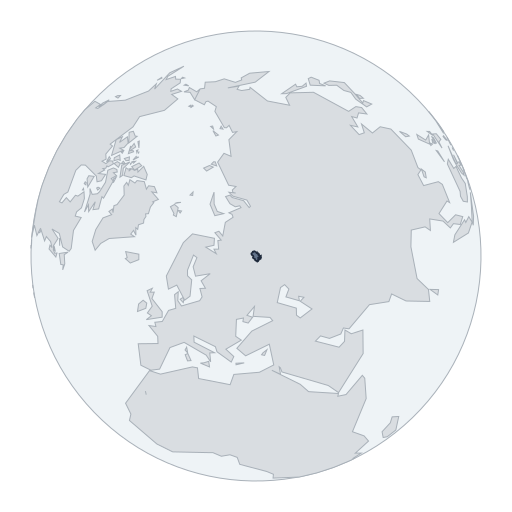 the Earth from above Udmurt, rotated 316°
{"feature_id": "RUS-2387", "entity_name": "Udmurt", "entity_type": "Republic", "adm_level": 1, "iso_a3": "RUS", "parent_name": "Russia", "parent_adm1": "", "projection": "orthographic", "projection_center": [52.789, 57.2], "detail": "fine", "context": "on_globe", "style": "filled", "palette": "slate", "viewbox_px": 512, "rotation_deg": 316, "n_neighbors": 0, "source": "natural_earth", "source_scale": "10m", "svg_char_len": 13535}
<svg xmlns="http://www.w3.org/2000/svg" viewBox="0 0 512 512"><g transform="rotate(316 256 256)"><circle cx="256" cy="256" r="225" fill="#eef3f6" stroke="#a8b0b8"/><path d="M221.6,33.4L223.5,33.1L234.7,31.9L247.6,32.8L249.4,38.9L243.6,38.1L244.7,40.0L252.0,41.3L256.6,41.8L270.2,53.1L293.3,62.7L303.9,62.9L299.0,65.5L321.3,64.3L336.0,69.4L317.3,65.5L313.9,66.7L322.8,70.9L321.1,73.0L324.5,76.5L321.7,78.8L311.1,76.8L309.1,78.4L315.5,81.3L316.8,85.8L307.6,81.2L308.9,88.7L291.3,87.6L269.1,74.9L257.2,77.7L228.8,74.2L229.2,77.2L218.8,78.3L215.4,82.2L211.1,80.8L212.2,85.3L216.8,85.8L218.8,88.1L217.3,90.6L211.5,89.1L211.4,87.6L208.9,88.5L206.6,86.7L206.9,89.0L200.0,87.2L204.5,92.8L197.1,94.5L193.2,92.2L196.7,87.6L196.4,72.1L193.5,69.1L185.9,69.2L165.1,79.3L160.6,78.2L152.3,80.4L153.3,83.0L160.1,82.3L159.9,88.0L168.3,86.9L169.5,89.2L176.9,90.3L172.4,95.5L163.9,100.1L157.6,99.6L153.7,101.7L157.0,106.9L142.5,110.8L128.3,122.2L124.9,122.8L123.2,115.2L130.2,103.1L128.0,94.8L125.9,105.8L117.5,107.9L114.6,110.7L113.1,114.1L114.9,115.6L111.3,117.7L112.0,107.2L115.3,105.1L115.1,108.3L118.3,102.9L118.7,96.4L114.4,98.3L119.6,87.8L116.6,89.1L116.0,87.8L120.5,86.3L112.6,89.1L118.0,79.9L107.3,86.8L121.6,76.1L129.0,70.6L137.1,65.0L135.4,65.9L148.4,58.1L151.9,56.2L168.5,48.4L185.8,41.9L203.5,36.9L221.6,33.4ZM103.0,91.2L106.0,88.4L103.5,90.9L103.0,91.2ZM258.9,41.7L252.3,41.2L246.4,39.4L252.0,39.5L258.9,41.7ZM270.0,46.4L266.4,46.5L265.6,43.8L267.8,44.5L270.0,46.4ZM311.9,62.7L306.9,60.9L312.3,62.0L311.9,62.7ZM325.4,76.5L327.4,76.4L328.3,78.3L325.4,76.5ZM178.9,87.5L177.9,88.9L177.0,87.9L178.9,87.5ZM183.0,86.7L182.7,84.6L184.7,84.0L184.8,85.3L183.0,86.7ZM324.9,83.7L325.8,86.9L323.0,83.2L324.9,83.7ZM182.9,89.5L188.1,83.1L191.5,82.1L194.9,86.3L182.9,89.5ZM325.1,88.5L327.4,96.7L331.9,97.0L320.4,101.0L322.3,92.5L318.2,87.9L322.6,89.7L325.1,88.5ZM218.9,85.0L213.9,84.4L219.5,82.6L218.9,85.0ZM222.0,83.3L236.2,75.2L242.8,77.4L236.7,79.5L246.3,80.9L242.5,85.9L236.4,86.3L232.9,83.8L234.1,87.7L222.0,83.3ZM313.7,102.1L312.7,103.9L311.7,101.6L313.7,102.1ZM220.0,88.8L222.3,86.9L228.2,88.6L224.7,92.9L223.9,90.9L220.0,88.8ZM250.7,78.9L254.4,81.1L252.4,85.8L253.6,87.3L243.0,86.3L250.7,78.9ZM221.8,91.8L222.7,95.1L218.6,96.6L218.2,90.9L221.8,91.8ZM231.2,87.4L233.8,88.4L231.2,89.2L231.2,87.4ZM204.3,104.2L206.9,101.5L210.2,102.2L204.3,104.2ZM223.4,96.2L224.8,95.7L226.4,95.7L226.1,98.1L223.4,96.2ZM242.3,89.7L240.7,91.3L246.5,90.4L245.2,94.0L238.4,92.7L240.8,94.8L240.4,96.0L235.3,93.7L242.3,89.7ZM230.6,100.7L221.5,100.7L216.0,105.3L212.9,104.8L222.4,97.5L230.6,100.7ZM233.8,96.8L231.1,99.1L228.7,97.1L229.0,94.4L233.8,96.8ZM246.8,97.0L250.5,91.7L251.9,92.2L246.8,97.0ZM229.5,102.4L231.7,102.4L229.4,103.0L229.5,102.4ZM242.0,99.0L243.2,97.1L244.7,97.7L242.0,99.0ZM235.2,104.2L232.3,104.1L232.4,102.1L235.2,104.2ZM238.7,102.1L240.5,103.4L234.2,101.5L239.0,101.1L238.7,102.1ZM243.3,99.9L244.5,99.6L242.6,100.7L243.3,99.9ZM236.5,111.7L228.4,109.8L228.7,105.4L236.5,107.9L236.5,111.7ZM133.6,445.1L114.0,427.6L116.9,425.1L114.1,418.6L99.6,394.6L102.6,387.8L99.2,380.9L92.0,376.0L88.4,367.5L84.2,363.4L60.0,339.0L54.1,322.4L50.7,286.4L56.2,282.8L59.9,271.3L99.8,264.5L105.2,274.6L133.2,291.6L136.2,295.8L129.6,304.3L148.0,330.6L157.8,325.8L177.7,342.0L193.1,346.7L204.3,328.7L179.2,320.6L178.1,309.1L200.8,307.1L223.1,314.1L223.4,309.9L212.0,297.4L219.9,291.2L208.3,292.4L211.0,297.7L203.8,298.8L201.0,294.1L203.9,291.9L197.9,288.0L185.6,299.7L187.0,306.3L169.6,302.1L170.2,312.9L164.5,315.1L161.4,297.8L163.8,293.0L155.7,270.4L151.6,275.0L159.0,296.8L155.4,293.6L149.9,300.6L151.3,292.7L144.3,268.2L130.5,262.1L108.1,270.4L101.1,265.2L97.3,254.6L110.3,237.3L124.7,250.9L129.5,245.5L130.7,231.7L135.0,237.2L137.2,233.4L143.1,238.0L155.3,234.4L161.9,237.9L170.6,227.2L175.2,227.7L168.7,233.8L167.7,240.2L184.4,249.0L188.8,248.0L193.1,240.4L197.2,244.1L199.3,235.7L210.8,236.9L198.5,228.5L203.3,220.1L212.4,216.1L211.7,211.9L196.9,218.6L193.0,222.7L193.2,228.5L180.6,239.1L174.0,238.2L178.8,221.9L170.0,219.0L177.6,208.1L213.0,195.9L225.7,196.0L238.4,214.4L233.2,219.1L226.0,214.7L229.0,226.8L230.5,221.9L233.9,225.1L239.3,218.4L242.0,220.4L242.6,210.7L246.5,212.4L246.0,218.5L257.3,210.5L266.4,212.2L267.7,209.4L266.5,206.1L278.8,210.8L279.2,208.6L275.3,206.2L273.6,200.3L275.4,192.1L279.5,194.1L279.5,197.4L285.5,207.6L284.7,216.4L286.6,216.4L288.3,209.4L280.9,196.8L280.8,191.3L285.1,196.6L283.5,194.2L284.8,192.1L289.9,192.1L285.5,186.1L293.6,161.8L304.3,159.9L307.3,167.0L317.3,153.5L328.6,153.2L325.0,150.8L327.4,143.3L323.9,143.3L322.4,141.7L326.9,123.4L331.2,121.0L329.1,111.3L327.2,110.2L323.9,111.3L320.4,101.0L331.9,97.0L335.5,99.6L340.2,95.7L347.8,102.4L356.2,106.5L361.8,116.8L368.0,119.4L369.1,117.6L378.4,120.1L393.5,132.3L376.2,130.4L352.5,115.5L361.8,122.0L358.2,123.0L360.6,127.0L367.2,131.7L368.9,130.6L371.9,152.4L384.9,170.9L387.6,162.6L393.9,162.4L411.1,178.2L423.1,216.3L431.6,217.9L435.1,222.6L434.4,230.9L429.2,224.3L424.5,226.9L421.7,222.1L418.9,233.9L414.7,227.6L414.5,240.3L419.5,242.6L423.6,234.3L425.2,248.4L435.1,249.3L441.2,258.4L441.2,287.7L433.9,304.9L434.5,308.6L429.0,309.9L425.5,321.8L438.8,329.2L439.8,333.9L432.4,352.1L431.6,349.1L417.1,352.6L417.1,365.2L428.2,365.0L432.1,371.3L424.8,375.2L420.5,369.9L415.3,370.8L414.8,360.8L406.7,350.0L399.2,358.8L397.9,352.5L385.7,345.2L373.8,357.0L356.2,384.1L356.8,399.9L349.4,409.4L332.7,392.6L327.2,377.5L319.9,381.1L303.8,369.8L272.3,373.0L268.9,368.5L262.8,371.0L251.6,366.3L246.9,358.3L239.6,358.5L252.4,379.3L260.4,378.9L268.6,371.0L270.5,378.1L281.5,383.5L265.3,400.6L220.5,411.6L218.0,399.3L194.1,357.4L195.9,353.3L195.8,352.8L195.7,351.8L191.5,358.1L188.0,349.2L198.7,379.1L199.6,390.1L219.8,412.2L217.4,413.7L224.5,418.2L249.6,415.7L249.3,419.5L236.2,435.1L203.3,449.4L208.8,460.5L208.4,467.3L190.5,466.8L194.8,470.9L185.9,469.1L187.1,470.2L182.2,468.8L165.4,462.2L149.1,454.3L133.6,445.1ZM82.6,276.4L80.7,279.5L82.6,276.4ZM244.8,331.3L259.5,333.0L256.4,319.3L261.8,319.0L258.7,314.6L256.1,318.3L249.1,306.2L256.7,302.6L256.7,296.5L251.7,295.7L238.9,304.3L248.8,321.5L244.0,326.7L244.8,331.3ZM70.8,127.8L67.7,132.3L70.3,128.4L70.8,127.8ZM75.3,121.5L73.2,124.3L73.6,123.8L75.3,121.5ZM101.8,91.8L99.5,94.0L99.3,94.2L101.8,91.8ZM101.2,93.0L101.9,92.3L103.6,90.8L101.2,93.0ZM117.5,108.5L117.3,109.4L115.1,112.8L114.9,111.3L117.5,108.5ZM113.0,128.8L107.3,131.7L111.2,128.4L109.7,126.5L116.2,117.5L123.5,122.7L119.0,121.8L113.0,128.8ZM126.8,107.3L121.9,112.2L127.0,106.7L126.8,107.3ZM144.1,209.4L144.7,214.0L140.4,217.1L132.2,213.6L138.2,209.0L144.1,209.4ZM146.5,220.0L153.6,205.3L159.0,207.2L154.8,208.6L157.7,211.3L151.6,214.3L149.8,230.9L146.0,234.8L132.9,225.6L139.3,226.3L138.3,221.5L146.5,220.0ZM162.2,167.7L165.3,162.3L173.0,173.3L169.2,177.2L160.7,173.7L160.2,167.1L162.2,167.7ZM187.9,98.6L188.6,96.4L190.2,96.8L190.9,98.8L187.9,98.6ZM205.3,102.9L186.5,108.5L186.4,106.3L175.5,112.8L170.9,109.4L178.1,105.3L166.5,107.8L171.1,102.7L163.2,105.2L179.7,96.2L183.4,92.1L181.0,97.9L185.1,101.0L188.0,101.1L199.0,98.4L209.0,91.4L214.6,93.6L216.0,97.1L214.5,99.2L211.3,97.0L211.5,101.3L205.7,99.7L205.3,102.9ZM228.6,141.7L225.6,137.5L225.1,147.5L219.3,145.3L219.6,146.6L214.1,147.4L208.0,150.8L205.8,149.0L204.3,151.1L200.7,151.9L198.0,154.2L193.1,151.9L189.4,154.7L189.2,152.1L184.1,157.6L185.7,152.5L181.1,153.2L182.0,157.7L162.5,141.4L153.1,139.1L144.3,140.1L148.3,131.7L159.1,125.7L172.4,122.3L180.9,126.0L181.1,121.8L185.3,122.4L183.3,125.5L188.8,121.1L191.7,122.5L203.5,120.6L209.6,113.9L214.1,113.2L213.2,116.5L218.3,113.5L219.6,119.4L222.8,119.1L227.3,124.9L223.6,131.8L227.5,130.9L231.1,135.5L228.6,141.7ZM237.5,113.5L234.4,121.8L229.7,124.8L223.9,113.7L220.8,113.1L216.9,106.4L223.8,102.3L224.2,104.6L226.3,105.8L223.3,106.6L227.3,106.9L228.1,110.1L231.3,111.3L229.4,113.6L237.5,113.5ZM141.6,294.4L144.2,296.6L148.8,298.9L145.5,303.5L141.6,294.4ZM136.5,277.8L139.2,278.8L136.6,286.1L133.9,283.9L136.5,277.8ZM142.8,273.4L139.5,278.3L139.7,274.3L142.8,273.4ZM171.4,234.4L174.6,235.1L174.0,237.1L171.3,239.0L171.4,234.4ZM226.0,172.3L225.0,169.1L226.5,168.4L228.7,161.1L233.2,162.3L233.6,167.2L226.0,172.3ZM198.8,331.0L193.1,333.5L191.4,330.9L193.7,330.5L198.8,331.0ZM167.1,319.2L173.3,324.7L166.1,320.4L167.1,319.2ZM231.3,172.4L231.7,169.2L233.7,171.9L231.3,172.4ZM236.6,162.9L239.3,165.3L234.0,161.7L236.6,162.9ZM247.2,470.6L235.7,478.3L224.9,477.2L221.4,474.9L224.6,470.0L236.7,469.3L242.2,466.3L247.2,470.6ZM459.2,351.7L461.7,347.0L461.4,347.7L459.2,351.7ZM456.8,355.2L460.0,349.6L455.9,357.3L456.8,355.2ZM461.1,347.4L464.3,340.4L465.7,337.0L465.2,338.5L461.1,347.4ZM454.4,359.1L439.9,378.8L433.6,384.8L435.6,381.2L445.8,369.5L454.4,359.1ZM435.0,381.7L424.8,387.0L407.5,383.3L413.8,378.9L431.2,374.8L430.2,377.6L436.4,375.5L435.0,381.7ZM458.0,342.8L456.9,349.2L449.3,360.0L445.6,364.0L443.1,360.6L444.6,355.1L447.7,351.3L457.6,322.7L461.5,320.0L459.1,330.4L462.1,330.5L458.0,342.8ZM358.0,400.9L364.0,407.0L359.7,410.3L358.0,400.9ZM459.7,306.7L457.0,319.2L458.9,305.3L459.7,306.7ZM459.7,295.5L460.8,298.1L458.5,298.0L459.7,295.5ZM436.1,313.2L432.8,318.0L431.9,315.8L435.4,308.4L436.1,313.2ZM445.8,266.0L449.1,273.0L449.6,276.2L446.5,274.2L445.8,266.0ZM270.2,180.9L262.0,189.5L259.1,197.0L262.2,203.1L254.4,198.4L258.9,186.8L270.2,180.9ZM290.3,163.9L287.6,158.9L291.0,158.8L292.1,160.0L290.3,163.9ZM287.0,162.4L279.5,160.6L279.4,156.4L285.4,158.6L287.0,162.4ZM255.2,166.2L252.5,168.5L250.9,166.3L255.2,166.2ZM465.2,339.4L469.3,328.2L470.8,323.7L465.2,339.4ZM478.6,290.4L477.4,296.9L477.0,297.4L478.3,290.6L476.1,298.2L478.6,286.6L479.1,287.3L480.2,277.3L480.7,271.9L478.6,290.4ZM472.5,314.1L472.2,315.9L471.3,317.4L472.5,314.1ZM473.7,309.9L475.9,303.3L473.3,311.8L473.7,309.9ZM464.0,328.3L465.0,329.5L468.4,320.4L465.8,328.7L467.5,329.3L466.5,332.9L464.9,331.9L463.4,339.5L461.8,342.4L461.5,339.0L463.4,329.5L465.0,323.8L470.7,310.1L464.0,328.3ZM473.9,305.9L473.2,304.1L473.6,299.9L474.4,299.7L473.9,305.9ZM470.0,300.5L466.8,301.0L464.8,307.6L467.9,291.0L470.6,293.3L470.0,300.5ZM465.8,294.3L464.1,300.5L465.3,291.8L465.8,294.3ZM463.1,300.0L461.9,297.0L463.8,293.9L463.1,300.0ZM466.9,292.1L465.7,285.3L467.4,287.0L466.9,292.1ZM458.6,290.5L464.3,288.8L458.6,296.1L454.0,284.7L456.1,280.3L458.6,290.5ZM442.8,217.1L439.9,214.5L440.6,209.7L442.4,212.8L442.8,217.1ZM440.0,192.6L439.8,207.6L439.1,220.1L441.3,218.9L444.8,227.1L439.2,225.6L436.7,212.5L437.9,204.2L434.2,198.0L432.7,189.2L426.9,183.9L425.0,178.9L430.6,181.2L440.0,192.6ZM424.3,182.0L413.7,170.8L416.8,164.7L419.9,165.7L423.4,173.4L421.6,176.1L424.3,182.0ZM412.1,166.4L410.2,169.0L390.6,160.3L387.2,157.1L403.8,159.9L402.9,162.6L407.1,166.0L412.1,166.4ZM315.1,104.5L312.9,104.0L314.9,103.1L315.1,104.5ZM320.4,141.8L318.6,139.4L321.1,138.4L320.4,141.8ZM315.1,132.4L313.6,135.2L313.4,131.3L315.1,132.4ZM310.5,141.8L312.1,135.9L313.0,142.9L310.5,141.8Z" fill="#d9dde1" stroke="#a8b0b8" stroke-width="1"/><path d="M259.4,259.3L259.4,259.5L259.5,259.5L259.4,259.6L259.2,259.8L258.9,260.1L258.8,260.5L258.7,260.6L258.4,260.6L258.2,260.7L258.2,260.8L257.9,260.9L257.9,261.0L257.6,261.1L257.2,261.3L256.9,261.0L257.1,261.0L257.2,260.8L257.3,260.8L257.4,260.6L257.5,260.3L257.5,260.2L257.6,259.9L257.6,259.7L257.4,259.6L257.2,259.7L257.0,259.8L257.2,260.1L257.2,260.4L256.8,260.2L256.7,260.1L256.6,259.9L256.5,260.0L256.4,260.0L256.5,259.9L256.4,259.8L256.4,259.7L256.4,259.4L256.3,259.2L256.6,258.9L256.6,258.7L256.3,258.6L256.2,258.7L256.4,258.9L256.3,259.0L256.1,259.2L255.9,259.2L255.8,259.3L255.7,259.5L255.5,259.8L255.8,259.8L256.1,259.9L256.0,260.0L256.1,260.3L255.9,260.2L255.8,260.3L255.9,260.5L255.7,260.6L255.3,260.4L255.3,260.5L255.2,260.6L255.0,260.4L254.8,260.4L254.7,260.4L254.7,260.5L254.8,260.5L254.8,260.4L254.8,260.5L254.7,260.6L254.7,260.8L254.8,260.9L254.7,260.9L254.7,261.0L254.4,261.1L254.4,260.9L254.2,260.9L253.9,261.0L253.7,261.0L253.7,260.9L253.6,261.0L253.5,260.9L253.1,261.0L253.0,260.8L252.9,260.8L252.9,260.7L253.0,260.7L253.1,260.4L253.4,260.3L253.5,260.2L253.4,260.1L253.2,260.1L253.0,259.9L252.9,259.8L252.9,259.7L253.0,259.7L252.9,259.5L252.8,259.4L252.8,259.2L252.7,259.0L252.5,258.8L252.4,258.8L252.4,258.7L252.5,258.6L252.5,258.1L253.0,258.0L253.0,257.8L253.0,257.7L253.3,257.3L253.3,257.2L252.9,257.0L252.9,256.9L252.9,256.7L252.7,256.5L252.6,256.3L252.7,256.2L252.6,255.9L252.5,255.7L252.4,255.5L252.5,255.3L252.6,255.1L252.7,254.9L252.8,255.0L253.0,254.9L253.3,254.9L253.4,255.0L253.5,255.0L253.5,254.8L253.6,254.6L253.8,254.6L254.0,254.4L254.1,254.1L254.1,253.9L254.2,253.7L254.0,253.4L254.0,253.2L254.1,252.9L253.9,252.7L254.0,252.6L253.9,252.3L253.7,252.2L253.8,252.0L253.8,251.8L253.9,251.7L254.0,251.4L254.3,251.0L254.6,251.0L254.7,250.9L254.9,251.0L255.0,251.0L255.3,251.1L256.2,251.2L256.2,250.8L256.3,250.8L256.5,250.8L256.6,250.7L256.7,250.9L256.8,251.0L257.1,251.3L257.3,251.2L257.5,251.1L258.0,251.1L258.1,251.3L258.2,251.5L258.3,251.6L258.2,251.7L258.1,251.9L258.2,252.0L258.3,252.1L258.4,252.3L258.5,252.6L258.7,252.9L258.7,253.1L258.8,253.5L258.8,253.8L258.9,254.0L258.7,254.0L258.8,254.3L258.7,254.4L258.5,254.5L258.8,254.7L259.0,254.6L258.9,254.8L259.0,254.9L259.1,255.0L258.9,255.2L258.9,255.3L258.8,255.5L259.0,255.6L259.3,255.6L259.2,255.8L259.3,255.9L259.3,256.0L259.3,256.3L259.2,256.3L259.3,256.4L259.4,256.5L259.0,256.7L258.9,256.8L258.8,257.0L258.8,257.4L258.8,257.6L258.7,257.7L258.6,257.8L258.4,257.6L258.2,257.6L258.3,257.8L258.3,258.0L258.3,258.3L258.4,258.2L258.5,258.2L258.8,258.1L258.7,258.3L258.8,258.4L258.8,258.5L259.0,258.6L259.1,258.9L259.2,259.0L259.3,258.9L259.4,259.3Z" fill="#64748b" stroke="#1e293b" stroke-width="1.5"/></g></svg>